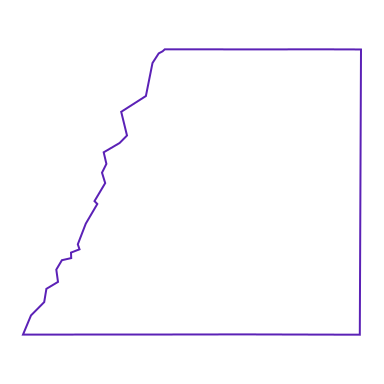 Douglas, Colorado, United States of America (Mercator projection)
{"feature_id": "52423323B5867445839727", "entity_name": "Douglas", "entity_type": "district", "adm_level": 2, "iso_a3": "USA", "parent_name": "United States of America", "parent_adm1": "Colorado", "projection": "mercator", "projection_center": [-105.087, 39.348], "detail": "fine", "context": "isolated", "style": "outline", "palette": "violet", "viewbox_px": 384, "rotation_deg": 0, "n_neighbors": 0, "source": "geoboundaries", "source_scale": "gbopen_adm2", "svg_char_len": 545}
<svg xmlns="http://www.w3.org/2000/svg" viewBox="0 0 384 384"><path d="M172.5,334.5L242.5,334.4L359.8,334.7L361.0,49.5L351.5,49.4L298.1,49.3L282.6,49.4L237.7,49.4L233.0,49.4L203.2,49.3L164.8,49.3L162.6,51.3L158.7,53.4L152.5,63.0L145.9,96.0L121.2,111.8L127.0,135.5L119.6,143.0L103.7,152.3L106.4,163.9L102.0,172.7L105.2,183.1L94.5,201.1L97.3,204.0L85.8,223.6L77.8,244.3L79.5,249.3L71.0,252.6L71.2,258.1L61.9,260.2L56.3,269.6L58.0,281.9L46.4,288.8L44.2,302.1L31.0,315.4L23.0,334.6L172.5,334.5Z" fill="none" stroke="#5b21b6" stroke-width="2"/></svg>